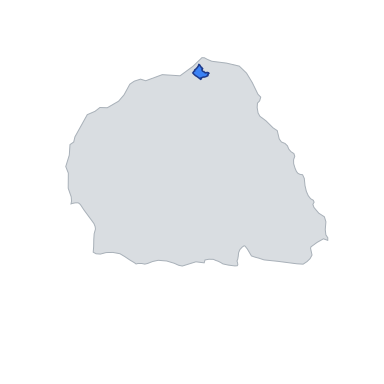 Tarariras, Colonia, Uruguay shown in context, rotated 143°
{"feature_id": "84410073B21543220364464", "entity_name": "Tarariras", "entity_type": "district", "adm_level": 2, "iso_a3": "URY", "parent_name": "Uruguay", "parent_adm1": "Colonia", "projection": "robinson", "projection_center": [-57.64, -34.265], "detail": "fine", "context": "in_parent", "style": "filled", "palette": "blue", "viewbox_px": 384, "rotation_deg": 143, "n_neighbors": 0, "source": "geoboundaries", "source_scale": "gbopen_adm2", "svg_char_len": 2726}
<svg xmlns="http://www.w3.org/2000/svg" viewBox="0 0 384 384"><g transform="rotate(143 192 192)"><path d="M295.8,255.3L293.7,257.2L291.4,260.8L288.6,269.5L279.4,281.5L277.5,288.3L267.8,295.3L260.9,303.3L256.4,303.1L252.3,306.5L229.1,316.8L220.9,314.8L214.7,314.9L209.0,310.3L196.0,308.7L187.8,310.5L176.8,315.5L173.5,315.4L171.2,315.2L165.2,313.1L162.0,308.7L145.1,303.6L131.6,292.0L115.5,291.8L103.2,293.3L101.3,291.7L100.0,288.8L97.5,284.5L86.9,274.2L78.5,264.1L76.9,254.1L78.0,243.2L80.5,230.4L80.0,226.4L83.1,224.1L86.2,223.6L89.1,220.3L91.7,215.3L92.2,211.5L90.1,204.4L88.7,194.6L87.0,189.7L90.4,181.9L90.5,178.2L88.5,174.8L88.0,171.4L88.9,168.0L88.7,164.6L87.5,161.4L88.4,158.7L91.5,156.6L93.8,153.4L95.4,149.0L96.2,145.7L96.2,143.4L95.2,141.2L93.3,139.2L94.2,135.2L97.9,129.1L100.3,123.7L101.4,119.0L101.3,115.2L100.1,112.4L100.6,110.4L102.9,109.4L103.9,106.3L103.5,98.8L101.2,92.5L103.0,87.6L108.2,81.8L110.9,77.2L111.1,73.7L112.7,71.7L115.2,75.5L122.6,76.5L130.0,76.6L131.2,75.7L134.1,69.4L137.9,67.7L142.1,67.2L146.7,67.5L151.5,71.6L165.3,85.1L175.3,94.4L178.4,98.9L181.0,102.2L183.0,105.2L182.1,113.2L182.2,116.7L182.7,117.7L185.0,117.8L188.4,117.2L191.3,115.5L193.6,113.0L195.8,110.9L197.6,109.8L198.2,108.1L199.2,106.3L200.3,105.9L202.3,107.2L207.0,111.8L210.6,116.0L211.5,118.4L212.8,121.0L214.3,123.2L215.4,125.3L218.9,128.1L222.5,129.9L224.9,128.1L230.9,133.9L244.3,138.7L246.8,141.6L249.1,145.8L253.7,152.1L260.1,157.8L265.3,160.2L270.3,161.6L273.1,162.8L275.0,165.0L278.1,167.4L280.0,168.2L280.6,170.3L282.5,174.9L284.5,180.7L286.7,186.1L291.5,191.3L297.0,195.3L302.6,197.6L305.8,200.4L307.1,203.4L303.3,207.7L299.0,213.2L295.3,217.5L291.4,220.5L290.2,222.6L289.3,225.8L289.1,242.8L288.7,249.1L289.0,250.8L289.5,251.9L291.8,253.6L294.7,255.0L295.8,255.3Z" fill="#d9dde1" stroke="#a8b0b8" stroke-width="1"/><path d="M107.0,277.3L107.2,277.5L107.4,277.5L107.5,277.7L107.6,278.0L107.8,278.3L108.1,278.4L108.3,278.6L108.5,278.6L108.8,278.7L109.0,278.7L109.2,278.9L109.3,279.1L109.5,279.0L109.9,279.5L110.0,280.1L110.0,281.0L110.3,281.1L110.8,282.1L110.8,282.9L110.4,283.7L110.1,283.7L110.1,284.1L109.8,284.4L109.3,284.3L109.3,285.7L109.6,285.9L109.4,289.1L110.0,289.1L110.2,288.9L110.4,289.0L110.4,289.3L110.7,289.0L113.0,288.2L113.9,288.1L114.7,287.9L116.3,287.9L116.7,287.6L116.9,287.1L117.6,287.2L118.4,287.1L119.1,286.7L119.7,286.6L119.6,284.9L119.2,282.8L118.7,281.7L118.1,279.8L117.3,276.8L116.4,276.8L116.2,277.2L115.8,277.4L115.9,277.6L113.7,277.0L113.3,276.5L111.3,275.7L110.3,275.7L109.7,275.3L109.1,275.5L108.8,275.8L108.8,276.2L108.3,276.2L108.1,276.6L107.9,276.8L107.7,276.8L107.5,277.1L107.4,277.1L107.1,276.8L107.0,277.1L107.0,277.3Z" fill="#3b82f6" stroke="#1e3a8a" stroke-width="1.5"/></g></svg>